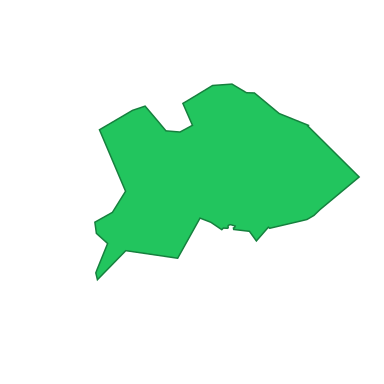 Sinkat, Red Sea, Sudan (orthographic projection), rotated 314°
{"feature_id": "16777658B46905215541980", "entity_name": "Sinkat", "entity_type": "district", "adm_level": 2, "iso_a3": "SDN", "parent_name": "Sudan", "parent_adm1": "Red Sea", "projection": "orthographic", "projection_center": [36.565, 18.905], "detail": "fine", "context": "isolated", "style": "filled", "palette": "green", "viewbox_px": 384, "rotation_deg": 314, "n_neighbors": 0, "source": "geoboundaries", "source_scale": "gbopen_adm2", "svg_char_len": 797}
<svg xmlns="http://www.w3.org/2000/svg" viewBox="0 0 384 384"><g transform="rotate(314 192 192)"><path d="M63.2,184.9L103.8,185.1L134.4,227.7L178.8,215.9L183.3,226.6L185.6,239.6L187.8,239.6L190.5,242.7L191.4,242.9L192.5,241.6L193.2,241.3L195.0,242.1L195.7,243.1L197.5,246.7L196.0,247.3L194.9,246.8L194.0,248.0L199.1,254.7L203.6,260.6L201.5,272.3L219.7,271.4L219.9,273.1L246.4,290.2L252.1,293.8L259.9,296.0L268.4,296.3L318.9,301.8L319.9,229.4L320.8,229.4L309.0,200.2L306.6,168.1L301.3,162.3L300.9,160.8L297.4,145.8L282.9,132.8L261.2,127.1L249.4,123.9L240.3,146.0L226.8,141.7L217.9,130.8L219.5,115.6L221.2,98.6L209.4,92.5L172.5,82.2L146.4,143.7L122.1,148.9L102.8,143.1L95.8,152.0L96.3,165.9L96.3,167.1L70.0,177.7L67.0,179.0L63.2,184.9Z" fill="#22c55e" stroke="#15803d" stroke-width="1.5"/></g></svg>